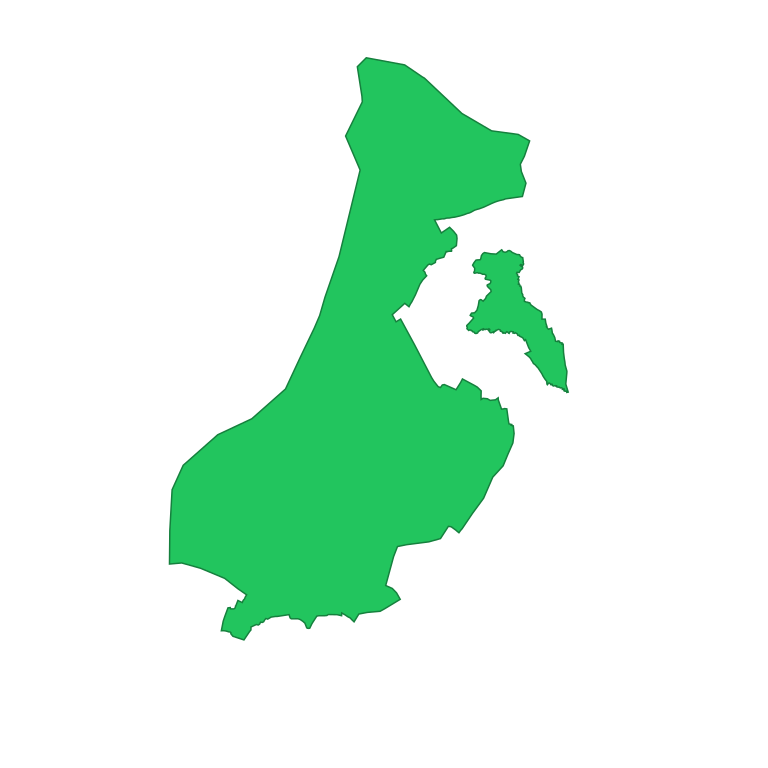 outline of Ishielu, Ebonyi, Nigeria, rotated 27°
{"feature_id": "59680162B77807256215392", "entity_name": "Ishielu", "entity_type": "district", "adm_level": 2, "iso_a3": "NGA", "parent_name": "Nigeria", "parent_adm1": "Ebonyi", "projection": "mercator", "projection_center": [7.857, 6.423], "detail": "fine", "context": "isolated", "style": "filled", "palette": "green", "viewbox_px": 768, "rotation_deg": 27, "n_neighbors": 0, "source": "geoboundaries", "source_scale": "gbopen_adm2", "svg_char_len": 6168}
<svg xmlns="http://www.w3.org/2000/svg" viewBox="0 0 768 768"><g transform="rotate(27 384 384)"><path d="M274.6,641.8L285.0,635.3L304.0,631.5L330.3,629.5L347.0,632.8L357.3,634.2L357.1,636.7L357.3,639.0L356.9,640.1L356.8,640.9L356.9,643.1L352.1,643.2L352.7,649.1L352.5,649.3L352.9,650.3L352.9,651.7L352.1,652.7L349.4,654.0L348.5,653.0L346.6,654.3L347.7,663.6L348.4,668.3L351.1,677.7L353.1,676.6L354.2,676.2L355.5,675.8L358.4,675.3L359.2,674.9L360.0,674.9L360.5,675.1L360.7,675.7L361.2,676.2L364.0,677.4L375.4,675.6L376.6,665.7L377.1,663.6L375.8,660.9L379.4,656.3L381.4,655.8L382.2,654.4L382.1,652.3L383.8,651.7L384.7,650.5L384.8,648.3L385.2,646.6L387.1,646.3L389.3,642.9L392.8,640.4L394.5,639.5L404.1,632.6L406.5,635.0L408.0,635.3L414.0,632.2L416.3,631.9L419.5,632.3L422.1,633.0L425.8,636.3L426.6,636.4L427.9,635.9L428.7,635.3L428.6,630.2L429.5,621.4L430.9,620.2L436.3,617.4L438.2,616.2L439.0,614.7L447.0,610.8L451.4,609.7L450.3,607.2L454.5,607.4L457.2,607.8L460.2,607.8L461.9,608.5L465.3,609.5L466.0,600.4L472.8,595.1L483.7,588.3L486.6,584.0L496.2,568.5L490.0,564.4L484.2,562.4L477.0,562.8L470.9,533.4L469.8,522.7L477.1,516.9L495.6,504.3L504.5,496.1L506.0,481.6L508.7,480.7L514.4,481.6L516.3,482.1L518.3,482.5L518.7,479.8L519.3,477.6L521.6,459.0L524.6,440.6L523.2,417.6L527.3,402.8L526.3,390.4L525.6,378.0L522.4,369.1L518.2,362.6L517.4,363.0L516.5,362.3L516.2,363.0L515.8,363.0L515.5,362.3L513.5,362.8L512.0,360.9L504.7,350.4L502.5,351.2L502.0,351.8L500.1,353.0L493.2,346.4L492.0,344.5L490.5,347.5L486.0,350.4L482.8,350.2L478.7,351.8L477.6,353.7L476.0,350.8L473.7,346.0L468.5,344.4L464.9,344.2L451.6,343.9L451.6,347.7L450.8,356.4L438.0,357.1L436.4,358.4L435.9,361.5L433.5,361.8L427.2,358.9L423.4,356.6L393.3,335.1L369.3,318.6L366.5,323.1L359.9,318.5L365.9,302.7L371.2,303.8L371.2,300.8L371.5,298.3L371.5,290.3L370.7,278.8L371.3,273.7L372.9,268.2L371.2,267.4L369.7,265.8L367.4,265.0L369.1,257.9L370.0,256.5L371.9,256.3L374.6,252.4L374.1,251.3L374.0,249.2L376.9,246.4L379.7,243.9L379.3,237.7L380.1,237.7L380.3,237.2L382.2,235.9L383.8,235.1L383.9,234.8L382.7,232.8L383.7,231.7L385.7,227.9L383.0,221.2L381.1,218.4L376.8,216.4L371.3,214.6L366.5,223.4L354.5,214.8L356.0,213.8L357.0,213.3L360.8,210.5L362.8,209.4L364.5,207.7L366.9,206.4L368.9,204.8L371.3,203.2L375.1,200.0L378.4,196.9L380.8,194.2L382.5,192.7L383.6,191.3L385.8,188.0L387.8,186.0L389.2,184.8L392.7,181.0L398.0,174.2L400.2,171.6L402.0,169.7L403.8,168.0L406.9,165.4L408.2,163.9L422.2,154.1L419.3,140.6L409.9,132.3L405.7,126.3L405.7,117.4L403.4,101.3L390.3,100.7L364.9,109.6L330.6,107.6L281.1,93.1L278.7,93.0L257.6,90.3L220.1,101.4L216.2,113.4L233.7,137.6L236.6,142.5L237.2,180.5L265.6,204.2L286.1,290.9L292.0,333.4L295.6,352.2L296.5,365.8L297.3,398.4L298.5,433.2L282.0,475.0L258.9,504.7L242.0,547.6L243.2,574.4L259.8,612.0L274.6,641.8ZM446.9,208.0L446.1,207.3L444.6,207.8L443.7,208.3L438.4,208.6L437.3,208.2L435.3,208.1L434.0,208.9L433.5,210.3L432.1,211.7L429.8,212.1L428.6,211.2L427.9,211.0L425.0,217.3L420.2,219.4L413.8,221.3L412.9,222.9L412.5,225.3L413.4,228.7L413.2,229.7L410.6,231.2L409.7,231.9L409.4,233.5L409.1,235.2L409.0,237.9L409.6,238.3L412.2,239.6L413.4,242.2L413.3,243.5L413.6,244.1L414.4,244.2L414.8,243.9L416.4,242.5L418.3,242.2L419.1,241.6L422.2,241.4L423.7,240.6L425.4,240.7L426.2,241.8L426.1,243.9L426.8,244.6L431.4,243.3L432.4,243.6L432.9,244.8L432.9,246.4L431.6,248.0L431.0,249.1L431.6,249.9L433.1,250.6L436.3,251.5L437.5,253.0L435.4,259.2L435.7,261.6L434.7,265.2L432.3,264.8L431.5,265.1L430.9,266.6L432.4,271.3L433.3,276.1L432.4,279.4L429.8,281.1L429.6,283.7L430.2,283.9L432.8,283.8L433.9,284.6L432.2,291.3L431.2,294.2L431.4,294.7L431.7,295.2L432.5,295.7L432.8,297.1L435.2,297.8L435.6,297.1L437.0,296.5L437.6,296.9L438.2,296.6L439.5,297.2L440.3,296.9L440.8,296.9L441.8,297.5L443.0,297.3L444.2,296.1L444.3,294.5L445.8,291.6L447.3,289.9L447.7,290.9L448.1,290.5L448.4,289.9L448.8,289.5L449.4,289.6L450.4,288.6L451.6,288.2L452.4,288.6L452.4,287.2L453.1,287.2L453.5,287.4L454.0,289.4L455.4,290.0L456.0,289.8L456.8,289.2L457.7,288.0L458.4,288.5L458.6,288.1L458.3,287.4L458.6,286.9L459.1,286.6L459.6,285.8L459.4,285.3L459.9,285.0L461.1,283.4L462.8,283.0L463.8,284.1L464.4,283.7L465.2,284.0L466.2,284.0L466.6,284.6L466.9,284.7L467.3,284.5L467.4,284.0L469.1,283.8L469.6,281.7L470.5,281.6L471.8,282.1L472.5,282.1L472.4,280.6L473.2,279.5L475.5,278.8L475.7,280.0L477.3,279.6L477.7,278.7L478.6,278.8L479.8,278.7L480.9,279.7L481.5,279.9L482.5,279.2L483.1,279.8L484.2,279.9L484.8,279.7L486.8,279.9L489.4,281.6L490.0,280.2L496.4,285.9L499.9,288.2L496.0,292.9L500.8,293.9L503.0,294.7L504.7,295.9L506.2,296.7L507.8,297.9L509.9,298.2L511.0,298.6L512.5,299.3L513.5,299.5L519.0,302.6L520.6,303.6L521.7,304.5L525.1,306.5L527.9,307.8L528.7,309.3L529.6,310.4L529.9,310.5L530.1,309.6L530.0,309.0L530.4,308.4L530.8,308.1L532.0,308.2L532.7,308.8L533.0,308.9L533.3,308.7L533.2,308.2L533.8,307.9L534.1,307.9L534.8,308.8L535.8,308.9L537.2,307.8L537.8,307.5L538.5,307.3L538.5,308.0L539.4,308.1L540.7,307.7L541.7,307.2L542.8,307.5L543.8,306.8L544.9,306.9L545.3,307.7L545.8,307.3L546.5,306.6L546.9,307.0L546.9,307.8L547.5,307.8L547.8,308.4L548.9,308.1L549.9,307.5L550.7,308.5L551.8,307.6L546.0,301.5L541.9,291.2L541.1,289.5L536.8,284.8L535.2,282.3L532.9,279.2L529.6,274.3L525.6,267.2L524.6,267.8L524.2,266.6L521.7,267.2L521.0,266.2L519.5,266.5L519.7,267.3L517.4,268.0L515.1,265.1L512.0,262.7L511.2,262.6L508.9,259.4L507.9,258.2L505.6,260.6L502.8,259.3L503.1,258.8L500.6,256.3L498.2,253.0L495.3,254.5L493.1,250.0L491.5,248.4L489.3,248.1L486.7,248.1L479.3,246.9L478.8,246.7L478.2,246.3L477.8,246.2L477.1,245.5L476.3,245.7L475.6,246.1L475.1,245.8L473.6,246.4L471.6,246.6L470.8,245.1L470.7,243.7L468.7,243.3L467.6,242.4L467.0,241.3L465.5,240.4L462.7,236.0L461.5,234.8L460.7,235.1L460.4,234.5L459.5,233.7L458.9,234.1L458.3,234.0L458.4,232.9L457.3,231.8L457.1,230.2L456.7,229.7L455.8,230.0L455.6,227.1L453.9,227.1L453.2,225.7L452.5,225.6L451.8,225.2L451.8,224.1L453.8,223.3L453.9,220.4L455.0,218.6L454.9,217.6L454.4,217.0L452.1,216.7L451.3,216.4L451.5,215.5L452.2,215.2L453.8,215.5L454.0,214.1L453.8,213.5L452.6,212.4L452.7,211.9L450.2,208.4L449.0,208.7L446.9,208.0Z" fill="#22c55e" stroke="#15803d" stroke-width="1.5"/></g></svg>